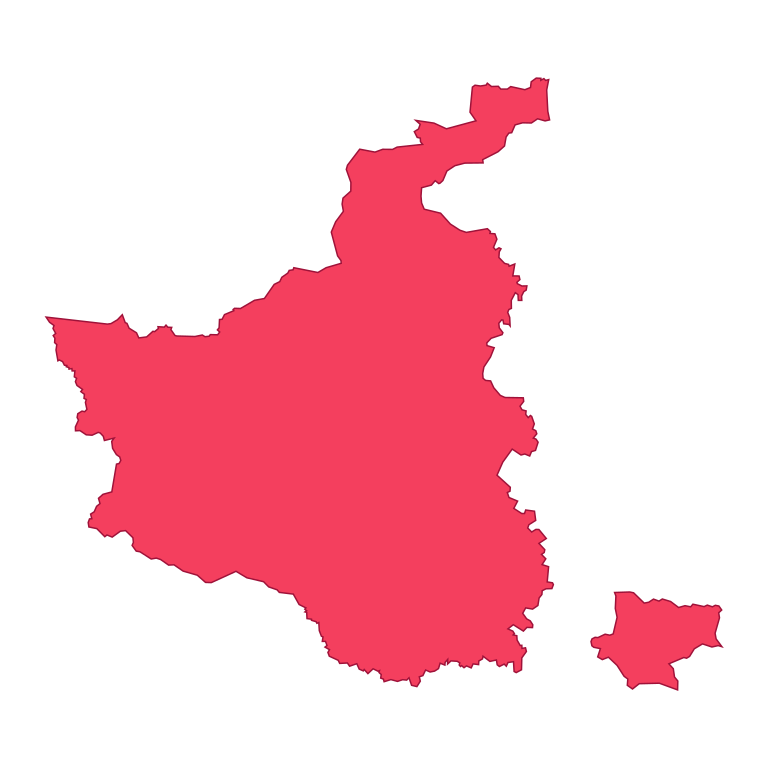 Mion, Northern, Ghana (orthographic projection)
{"feature_id": "2480657B42193515445029", "entity_name": "Mion", "entity_type": "district", "adm_level": 2, "iso_a3": "GHA", "parent_name": "Ghana", "parent_adm1": "Northern", "projection": "orthographic", "projection_center": [-0.239, 9.451], "detail": "fine", "context": "isolated", "style": "filled", "palette": "rose", "viewbox_px": 768, "rotation_deg": 0, "n_neighbors": 0, "source": "geoboundaries", "source_scale": "gbopen_adm2", "svg_char_len": 6048}
<svg xmlns="http://www.w3.org/2000/svg" viewBox="0 0 768 768"><path d="M548.7,79.6L545.6,80.4L543.9,78.6L540.8,80.3L540.9,78.3L536.2,78.1L531.2,81.8L530.5,87.5L524.9,89.7L510.7,86.6L507.4,89.1L500.8,89.1L498.3,86.3L491.5,86.5L487.3,83.2L486.1,85.1L480.5,86.0L475.0,85.2L472.4,87.1L470.0,112.2L476.0,120.8L446.4,128.8L434.0,123.1L415.8,120.4L420.2,124.3L418.5,129.0L414.3,131.6L417.2,137.4L420.3,138.1L420.5,141.7L422.6,144.4L397.1,147.1L392.6,149.4L382.7,149.3L375.0,152.1L359.7,149.2L347.5,165.2L346.3,169.4L350.9,182.4L350.8,191.1L343.0,198.1L342.1,204.1L343.4,211.3L335.7,221.7L331.3,232.1L337.6,255.9L341.0,260.6L341.2,263.3L326.1,267.7L317.9,272.5L293.8,267.7L293.1,269.8L289.2,270.4L287.8,273.1L281.8,277.3L279.8,281.6L274.2,284.4L264.4,298.5L254.5,300.3L240.5,308.5L234.6,308.3L233.1,309.5L233.8,310.7L224.5,314.6L222.1,319.3L219.5,319.5L219.1,327.8L217.4,329.9L219.7,332.0L217.6,334.8L210.3,334.6L209.2,336.2L205.0,336.7L202.3,335.0L195.0,336.5L176.8,336.0L175.0,335.5L170.9,329.6L171.7,327.4L167.8,327.2L166.0,325.1L164.3,327.1L158.0,326.7L158.4,328.5L154.7,331.6L152.9,331.3L146.7,336.9L138.8,337.9L136.5,332.8L129.1,328.2L127.0,323.4L125.2,322.6L122.3,314.7L117.4,319.8L111.0,323.6L107.4,324.1L46.1,317.1L49.6,322.3L54.0,325.5L53.0,328.5L55.7,333.4L53.2,335.6L54.9,338.2L54.6,342.6L56.8,344.6L56.0,350.0L57.9,360.8L59.3,360.0L62.6,361.6L64.4,365.2L66.8,365.5L66.3,366.7L68.9,367.6L69.0,369.1L71.9,368.6L72.1,370.9L74.9,370.9L74.3,376.8L76.6,378.3L75.4,381.7L77.0,385.5L82.5,389.4L80.8,391.6L84.4,394.3L84.0,398.4L86.3,399.5L85.4,402.4L86.9,409.4L84.7,411.7L82.0,411.1L77.8,413.7L77.1,417.5L78.5,420.1L75.4,426.9L75.5,430.8L80.0,430.6L86.2,434.8L92.1,435.2L98.2,432.4L100.2,433.0L103.3,436.3L104.4,440.5L114.1,438.1L111.7,441.4L112.6,448.4L116.4,454.6L119.7,456.9L120.8,460.4L119.1,463.5L116.5,464.1L111.8,491.9L103.0,494.3L98.5,498.3L100.0,503.6L96.6,506.3L94.2,511.8L90.6,514.1L91.8,518.7L89.5,518.9L88.2,522.5L88.9,527.0L96.8,528.6L104.8,536.7L107.0,535.0L112.2,537.1L120.4,531.2L125.6,530.6L132.9,537.7L133.4,542.4L132.1,545.4L136.2,551.1L140.0,551.8L151.2,559.0L156.3,558.1L160.6,559.5L168.6,565.1L174.0,564.8L183.1,571.1L197.3,575.2L205.5,582.4L211.3,582.6L236.0,571.3L246.9,577.8L263.6,581.7L268.7,586.9L277.1,589.8L279.3,592.4L293.3,594.1L299.1,604.5L305.9,607.9L304.8,609.2L306.6,610.7L305.0,611.9L306.7,612.4L307.0,618.6L311.5,619.2L311.5,620.3L316.1,621.7L316.9,623.3L318.8,622.5L319.3,630.7L321.4,636.2L323.0,636.9L322.3,641.4L325.5,641.4L327.0,645.5L325.0,647.1L329.5,649.7L327.9,652.4L329.3,656.2L338.2,660.3L339.7,663.4L347.4,663.0L349.6,666.2L356.8,663.7L359.2,669.1L363.3,670.9L364.2,669.5L367.9,673.6L373.1,668.8L378.0,671.2L379.5,670.6L379.0,672.5L381.2,674.5L380.7,678.1L383.4,679.1L384.1,681.7L390.9,679.6L397.5,681.4L402.6,679.7L406.7,680.1L409.0,677.8L411.6,685.3L416.9,686.6L420.3,681.2L419.3,676.8L422.9,675.6L425.6,670.0L430.1,672.0L434.6,671.1L438.5,668.6L440.1,663.2L444.9,665.1L445.1,662.4L447.7,659.4L447.6,664.0L451.0,660.9L457.2,661.3L459.8,662.9L459.2,665.0L460.5,666.5L461.6,665.6L464.0,667.7L466.5,665.9L471.2,667.9L473.1,663.9L478.6,664.6L478.8,661.0L482.5,658.9L483.0,656.2L489.9,661.4L496.4,660.0L497.2,664.8L499.4,666.5L504.2,664.1L506.3,666.2L508.0,662.5L513.5,661.7L514.1,671.5L516.2,672.6L521.5,669.8L521.8,657.9L526.4,651.5L525.5,647.8L522.0,648.4L521.8,645.3L520.2,645.5L517.1,640.1L516.8,635.7L513.2,634.9L514.4,633.6L512.8,631.1L507.9,628.9L513.3,624.7L523.4,631.1L526.9,627.4L532.5,627.6L532.8,624.8L530.3,620.9L526.6,618.8L522.7,613.3L525.7,607.9L532.6,609.1L537.9,605.5L539.1,598.0L541.9,594.5L542.2,590.7L546.0,588.8L551.9,588.6L553.4,584.6L552.5,582.8L547.2,581.9L548.6,566.7L542.1,564.6L545.8,558.8L541.5,554.4L544.2,552.5L544.8,549.7L538.9,543.4L546.3,538.5L538.9,529.5L535.9,529.4L531.7,532.0L527.7,528.0L528.9,524.7L535.7,520.4L534.5,511.2L525.7,510.0L524.5,513.5L521.7,513.5L513.8,508.4L517.6,501.1L509.0,497.5L507.3,492.5L510.0,491.2L510.3,487.3L497.0,475.2L502.8,462.1L512.2,449.1L521.0,455.0L524.8,454.0L529.7,456.0L531.5,451.6L535.5,450.4L538.1,442.2L536.0,439.1L533.3,438.1L536.8,433.8L535.8,430.7L532.5,429.0L534.3,423.9L531.7,416.4L530.4,415.5L528.2,417.6L525.7,414.4L526.1,410.9L522.0,409.8L520.0,406.2L523.7,401.4L523.3,397.8L505.0,397.5L500.3,395.4L493.8,387.8L490.6,380.9L485.5,380.4L483.1,378.3L482.7,373.6L483.9,367.0L490.5,357.0L494.2,347.7L487.0,345.6L486.8,342.9L491.1,338.3L502.1,334.6L502.9,332.7L499.3,327.9L498.8,323.3L501.6,319.9L503.0,320.1L503.7,323.8L508.9,324.4L510.1,325.9L509.7,317.4L507.7,312.3L508.9,309.5L511.4,308.4L511.3,300.3L515.3,292.7L518.0,294.6L518.3,300.4L521.8,300.4L521.6,296.0L523.8,291.6L526.2,290.1L526.9,285.9L521.9,286.0L517.4,283.7L516.9,282.3L519.9,279.6L519.1,276.0L512.8,275.9L514.8,264.0L509.1,266.2L508.6,264.4L504.6,263.4L498.9,257.5L499.3,251.8L501.0,248.8L499.0,247.8L495.6,249.9L493.5,247.4L496.9,239.2L494.9,233.8L489.9,233.4L490.4,231.5L487.4,228.7L466.3,232.4L459.9,230.2L450.4,224.1L440.6,213.2L424.2,209.2L421.6,203.0L421.0,196.2L421.6,187.7L431.4,185.1L435.2,180.7L438.8,183.6L440.1,183.1L442.9,180.5L446.9,171.0L454.9,165.7L464.8,163.1L483.1,162.9L482.7,159.6L498.1,151.7L504.5,146.0L506.1,137.0L508.8,133.1L511.7,132.7L515.1,124.9L522.6,122.8L531.4,123.0L537.6,118.8L545.1,120.9L549.6,119.9L547.8,111.3L546.7,90.0L548.7,79.6ZM721.9,646.7L716.1,638.9L715.1,633.2L719.5,617.8L718.7,612.8L721.7,610.0L718.9,606.0L715.3,605.3L712.4,606.8L707.3,605.1L704.1,606.6L692.9,604.2L690.7,606.8L685.0,605.7L678.6,607.5L670.6,601.5L662.3,599.0L659.0,601.1L653.5,599.1L648.8,602.2L644.2,603.1L633.6,592.8L629.8,592.0L614.6,592.5L615.9,596.0L615.3,608.5L617.1,617.3L613.2,633.9L609.8,635.2L605.1,634.2L597.9,637.6L595.1,637.3L592.0,638.9L591.0,641.6L591.9,645.8L593.8,647.3L600.4,648.6L597.7,656.9L602.3,659.6L608.4,657.2L609.4,658.1L617.1,665.4L624.1,676.3L627.8,679.0L627.3,685.3L632.5,689.0L639.2,683.7L659.3,683.2L677.6,689.9L677.8,681.0L674.5,677.0L673.3,668.7L668.9,663.8L683.8,657.5L686.6,658.2L689.6,656.4L694.3,648.8L702.5,643.9L711.9,647.0L718.2,645.6L721.9,646.7Z" fill="#f43f5e" stroke="#9f1239" stroke-width="1.5"/></svg>